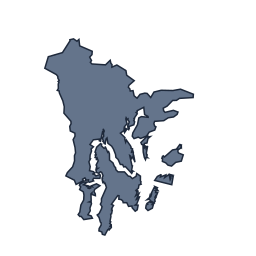 Gildeskål nor, Nordland, Norway (Albers equal-area conic projection), rotated 167°
{"feature_id": "86288312B17859654216493", "entity_name": "Gildeskål nor", "entity_type": "district", "adm_level": 2, "iso_a3": "NOR", "parent_name": "Norway", "parent_adm1": "Nordland", "projection": "albers", "projection_center": [14.061, 66.984], "detail": "fine", "context": "isolated", "style": "filled", "palette": "slate", "viewbox_px": 256, "rotation_deg": 167, "n_neighbors": 0, "source": "geoboundaries", "source_scale": "gbopen_adm2", "svg_char_len": 5846}
<svg xmlns="http://www.w3.org/2000/svg" viewBox="0 0 256 256"><g transform="rotate(167 128 128)"><path d="M191.3,84.7L183.4,86.7L183.8,88.3L181.2,89.1L180.6,87.5L181.4,86.6L178.2,86.4L179.0,84.7L177.7,83.8L173.4,84.2L174.0,85.4L172.8,86.7L166.7,85.2L165.6,87.9L165.9,89.0L170.0,88.5L171.3,90.6L173.1,91.0L170.6,91.7L171.4,93.2L175.1,95.1L173.5,98.9L173.7,103.9L171.6,106.3L172.1,106.4L171.0,110.1L168.7,113.8L168.7,115.8L165.9,117.5L168.8,120.5L164.4,124.3L158.2,123.6L158.9,122.1L157.8,121.2L153.5,130.3L152.6,130.4L152.4,132.8L151.8,130.4L153.1,128.6L153.5,125.5L155.1,124.1L155.1,121.1L155.8,120.1L154.8,120.6L154.7,118.3L153.8,117.6L151.9,122.2L150.7,123.0L151.0,117.6L148.0,114.0L146.9,110.7L146.1,105.1L146.4,102.1L144.7,99.6L143.7,94.2L141.5,93.6L140.9,91.0L139.2,91.0L134.6,82.9L133.7,84.0L134.1,84.9L132.7,84.8L134.0,86.0L132.2,90.1L132.6,90.3L132.5,100.8L131.9,100.2L131.4,96.5L131.2,98.0L129.2,99.2L129.7,97.9L128.9,93.1L128.6,99.1L129.1,98.8L129.0,100.5L128.3,102.8L128.4,104.6L130.4,103.0L128.3,106.7L129.7,107.8L129.3,108.7L129.6,110.1L132.3,116.7L133.5,114.7L133.7,117.9L133.1,119.3L136.6,124.7L132.4,126.5L132.4,124.3L129.4,127.1L130.3,128.2L131.6,126.3L132.3,127.1L131.3,129.9L128.0,132.4L128.1,137.3L127.5,138.4L126.8,136.5L126.0,136.8L126.3,135.8L125.3,133.7L127.8,130.2L128.1,126.7L127.7,126.2L126.8,127.4L126.8,128.7L127.7,128.1L126.9,129.2L121.6,129.8L120.1,132.6L120.4,133.9L121.2,133.3L119.6,135.5L120.0,135.9L115.8,139.8L116.6,141.3L115.4,141.5L115.2,142.8L108.0,144.6L108.8,137.3L105.9,134.8L106.0,133.9L112.4,136.1L115.2,135.4L118.0,129.1L124.4,122.1L125.7,119.1L124.5,116.3L120.1,116.8L118.0,115.0L111.7,116.0L108.3,119.2L102.4,120.0L100.5,122.9L101.6,123.9L101.8,126.5L100.6,128.5L91.5,127.1L86.5,128.9L81.1,128.5L77.1,130.2L75.7,132.3L79.8,135.0L88.4,134.9L89.4,136.8L89.2,139.4L85.0,140.5L78.3,144.8L74.6,144.0L71.2,145.3L57.7,143.0L56.7,146.2L68.1,154.0L75.8,154.4L87.2,157.3L94.6,157.2L99.0,152.6L101.6,157.4L103.8,158.2L108.7,158.1L112.5,155.0L114.8,158.0L114.7,163.3L117.5,163.5L117.4,165.7L118.5,167.6L117.5,169.4L111.3,172.7L117.4,179.7L117.1,184.4L124.7,191.9L130.0,190.9L129.3,193.4L130.1,194.8L130.1,198.0L135.7,194.6L148.7,198.5L149.9,200.5L148.4,201.9L149.4,205.7L146.6,207.6L145.6,210.8L156.6,218.9L155.9,225.3L158.2,224.0L161.0,227.1L164.8,227.1L164.9,226.0L174.9,216.2L189.6,215.4L195.6,204.9L185.8,196.2L184.8,194.1L185.1,192.3L184.4,189.8L185.6,189.1L185.0,188.2L186.1,186.5L187.0,182.1L188.5,180.6L186.7,179.5L187.0,177.7L185.4,169.2L185.3,163.1L187.1,156.9L182.1,147.4L182.5,145.0L184.4,142.7L184.9,138.1L180.9,134.9L181.5,131.9L184.1,129.0L184.0,121.0L184.7,115.5L186.4,113.1L187.5,107.9L190.7,102.6L197.1,98.2L199.3,95.3L192.0,89.2L191.3,84.7ZM174.6,28.9L170.6,33.5L169.5,33.0L169.3,34.7L169.0,33.2L166.6,34.8L166.3,36.5L167.6,36.3L166.2,37.8L167.3,39.1L165.9,40.4L166.5,41.2L164.6,45.5L164.3,47.9L163.3,48.1L161.9,51.3L162.5,51.9L161.7,52.7L162.0,53.3L159.5,55.8L161.3,57.4L153.1,64.5L152.0,64.0L153.0,60.7L150.6,59.7L149.5,58.0L149.5,56.3L146.0,55.5L145.1,51.5L141.7,51.1L141.9,49.4L139.7,45.3L137.4,46.2L135.5,50.5L138.3,51.3L136.5,52.1L132.3,58.3L133.9,58.4L134.8,57.1L135.1,57.0L135.8,56.4L136.0,56.4L132.0,61.7L135.7,60.3L133.8,62.7L134.0,64.6L132.6,63.5L132.5,64.5L134.1,65.5L131.3,67.1L130.2,70.0L127.8,70.3L128.1,71.4L127.4,72.6L127.8,73.8L126.7,78.3L129.7,81.7L131.0,79.1L135.1,77.7L136.8,80.4L138.5,81.0L141.3,86.0L147.6,87.5L149.2,90.2L149.0,92.0L150.0,94.0L150.5,97.4L153.2,100.9L151.9,107.0L152.2,109.4L153.2,108.8L154.4,115.1L154.8,113.7L155.9,113.5L157.9,116.6L157.3,118.2L158.4,118.9L162.8,116.4L165.6,111.9L165.0,111.2L165.3,109.9L166.6,108.6L164.6,109.7L166.7,106.7L165.4,106.1L166.1,103.8L164.8,105.5L164.4,102.7L167.4,99.1L167.0,97.9L168.0,95.9L166.3,95.5L168.8,94.4L168.5,93.4L169.0,92.0L166.6,90.4L164.8,91.6L163.6,90.7L163.0,87.1L164.6,85.0L164.2,84.4L164.8,83.6L164.8,80.6L163.8,81.1L163.6,79.3L162.8,79.4L162.4,74.9L169.8,65.0L170.5,61.9L172.1,60.0L171.0,57.2L172.1,55.1L175.4,51.1L177.6,50.2L176.3,47.2L176.1,42.6L175.5,41.6L176.0,39.5L178.7,36.6L179.5,34.3L176.9,32.6L176.9,30.2L174.6,28.9ZM193.9,56.9L196.1,54.8L194.8,52.6L193.5,52.4L191.7,48.7L183.0,48.1L183.6,50.6L186.6,52.5L183.4,55.8L183.1,58.6L180.6,62.4L180.6,64.0L182.5,64.7L180.3,65.1L178.9,72.2L177.7,72.9L178.2,71.4L175.0,69.4L174.7,71.2L175.4,73.8L174.3,75.7L168.3,78.1L171.3,80.7L176.6,79.9L175.9,78.7L178.9,79.7L178.0,77.9L179.4,77.7L180.5,78.5L179.7,79.7L181.1,80.2L180.1,80.7L184.2,82.7L180.1,84.3L180.5,84.8L184.1,85.3L187.5,84.1L188.3,83.1L187.3,81.3L189.0,78.9L185.9,75.9L186.0,72.5L187.4,67.8L191.2,63.6L193.9,56.9ZM94.1,81.1L89.2,83.8L83.5,83.7L80.2,89.4L84.4,92.3L84.7,93.8L84.2,95.4L80.8,96.7L80.9,97.7L80.4,96.9L80.0,98.8L81.1,98.3L79.9,99.5L81.2,100.3L85.1,96.9L84.3,96.4L89.6,96.6L98.9,91.6L99.8,92.8L100.6,91.9L100.4,93.2L101.8,90.9L101.2,90.6L102.0,87.7L99.1,85.6L97.4,82.8L94.1,81.1ZM113.8,70.9L98.1,62.9L94.9,70.6L95.9,71.3L94.8,71.8L97.9,73.4L97.4,69.6L98.5,68.2L98.4,73.5L103.3,71.5L101.7,73.8L107.4,73.0L106.3,74.8L106.6,75.1L110.3,74.2L113.8,70.9ZM118.1,93.2L117.0,95.2L115.6,94.7L116.2,95.5L115.4,97.5L115.9,97.7L115.6,99.8L112.9,106.1L114.9,104.1L114.7,105.4L116.0,105.1L114.9,106.3L115.5,106.9L116.0,106.3L116.5,105.0L116.9,104.5L117.0,104.5L115.5,109.3L112.9,109.1L110.9,113.2L108.2,114.6L110.8,114.8L110.5,116.1L118.7,111.0L118.4,108.9L117.2,108.3L118.6,101.1L118.7,95.6L118.1,93.2ZM119.4,49.3L118.0,50.6L118.2,52.1L115.5,55.0L117.8,54.1L116.0,55.8L116.7,56.2L115.2,56.1L113.6,58.4L115.7,58.9L115.0,60.3L115.3,60.7L112.8,60.2L113.8,62.3L112.7,63.2L115.1,65.0L114.8,62.5L116.1,63.9L120.2,58.9L119.8,58.5L120.9,56.7L121.5,57.8L122.3,56.2L121.8,55.8L125.5,53.9L123.0,53.8L122.7,52.1L119.4,49.3ZM127.1,43.1L122.3,44.4L120.6,47.5L121.6,47.9L119.8,48.6L123.9,51.3L126.5,50.2L126.0,49.3L127.6,48.9L128.8,45.9L127.1,43.1Z" fill="#64748b" stroke="#1e293b" stroke-width="1.5"/></g></svg>